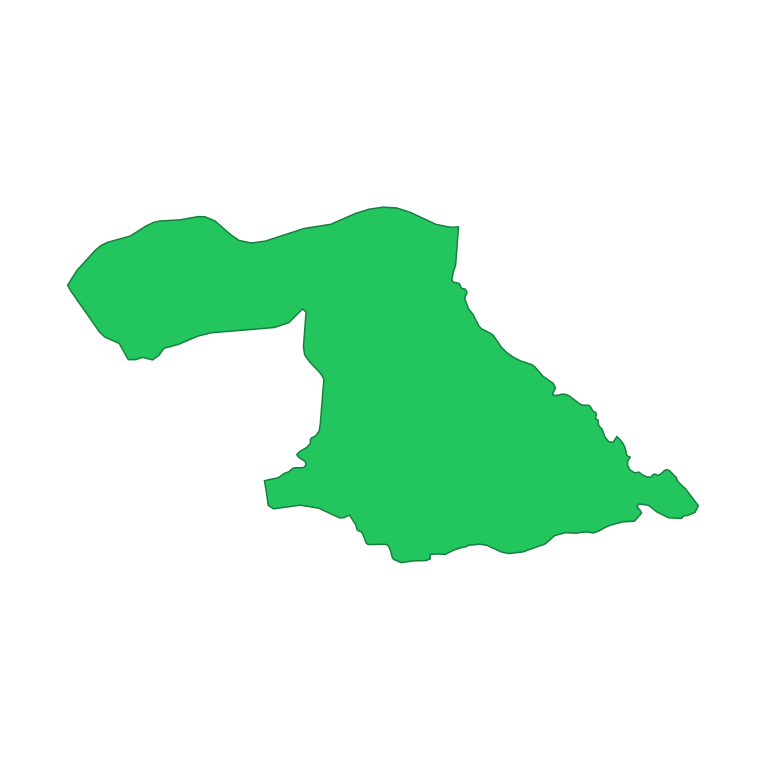 the Region of Kigoma, rotated 95°
{"feature_id": "TZA-3363", "entity_name": "Kigoma", "entity_type": "Region", "adm_level": 1, "iso_a3": "TZA", "parent_name": "United Republic of Tanzania", "parent_adm1": "", "projection": "albers", "projection_center": [30.566, -4.821], "detail": "fine", "context": "isolated", "style": "filled", "palette": "green", "viewbox_px": 768, "rotation_deg": 95, "n_neighbors": 0, "source": "natural_earth", "source_scale": "10m", "svg_char_len": 3142}
<svg xmlns="http://www.w3.org/2000/svg" viewBox="0 0 768 768"><g transform="rotate(95 384 384)"><path d="M211.0,413.4L207.9,400.4L207.5,386.7L210.7,372.8L220.5,345.9L222.0,332.1L221.4,325.6L220.9,323.5L259.0,323.0L267.0,324.8L273.6,325.4L274.4,325.6L276.3,324.2L276.8,322.3L276.8,320.2L277.4,317.9L278.5,317.0L281.2,315.7L282.1,314.3L282.4,311.6L282.7,311.0L285.4,309.4L287.1,309.6L288.9,310.5L291.6,311.0L293.0,310.5L301.7,306.4L307.5,300.9L313.1,297.7L314.7,296.4L318.3,294.3L320.4,291.7L324.5,281.8L326.2,279.3L337.3,270.1L342.2,264.1L346.0,257.5L346.5,256.4L349.0,250.3L351.8,238.5L353.8,235.2L362.3,226.4L368.6,215.6L372.7,212.9L380.0,215.3L380.5,212.4L380.0,209.9L379.1,207.4L378.4,204.6L378.6,201.6L379.7,198.5L386.4,187.9L387.7,184.9L387.7,181.9L387.3,178.6L388.2,176.7L392.8,173.4L393.2,172.8L393.8,170.8L394.2,170.3L396.9,169.9L397.2,170.0L397.3,170.3L400.4,170.0L400.6,169.7L400.9,168.2L401.1,167.8L405.5,166.8L406.6,166.4L407.9,165.3L410.0,162.8L417.7,159.2L421.9,155.1L422.1,150.7L417.2,148.0L416.1,147.4L419.1,143.8L422.2,140.9L425.8,138.7L430.2,137.0L432.2,136.7L433.8,135.8L434.9,134.4L435.4,132.4L439.7,134.6L444.2,134.1L448.1,131.4L450.6,127.0L450.5,126.1L449.8,123.2L449.7,122.0L452.0,118.7L453.4,114.8L453.7,112.7L453.5,110.7L452.9,109.5L450.8,108.0L450.2,106.7L450.3,105.8L451.1,103.6L451.1,102.7L449.5,100.5L445.4,96.7L444.6,94.3L445.7,91.7L450.8,85.9L451.3,85.0L455.6,82.7L458.8,79.0L461.8,74.8L477.9,60.2L484.8,63.0L488.6,70.2L488.8,72.8L490.0,74.7L491.3,75.3L492.1,76.6L492.4,88.9L487.9,100.6L481.7,110.1L481.3,119.2L482.8,120.9L484.8,120.9L487.1,118.1L490.2,116.2L498.8,122.5L500.6,134.3L504.7,145.7L507.7,151.3L511.2,156.5L511.5,156.9L514.2,162.4L513.7,168.5L514.4,173.7L515.9,179.3L516.3,190.5L520.2,200.8L529.3,209.5L539.2,231.2L542.0,244.5L541.1,252.5L535.7,267.6L535.2,275.6L536.5,280.6L537.2,285.8L539.1,288.2L539.7,291.1L543.1,299.6L548.5,308.2L548.6,315.7L549.7,323.2L554.2,322.7L556.2,326.7L557.6,338.9L560.5,351.3L558.0,358.8L556.6,360.4L547.5,363.8L544.4,365.9L543.6,368.8L545.3,385.9L544.0,387.9L536.5,391.4L533.6,393.2L533.0,394.3L532.4,396.8L531.6,397.9L530.5,398.6L526.7,399.9L518.7,406.1L517.6,406.6L518.7,409.3L520.6,411.9L521.3,416.3L513.4,438.3L512.0,457.1L518.0,483.1L515.0,488.7L503.3,491.4L490.7,494.7L486.7,481.5L485.2,479.4L482.4,476.4L481.7,475.4L479.8,471.3L478.5,470.0L477.3,468.9L476.1,467.7L475.2,465.7L474.6,458.7L473.6,455.8L470.8,454.6L468.0,455.9L464.5,462.5L462.0,464.7L458.5,462.0L453.7,455.2L449.7,452.3L448.6,452.2L446.2,452.5L445.2,452.3L444.0,451.4L441.8,447.8L436.7,444.5L429.3,444.0L384.4,444.3L378.9,448.2L368.4,460.1L361.9,465.6L354.0,467.5L319.2,467.9L316.3,471.6L331.1,484.1L337.3,498.3L348.0,560.4L352.6,573.8L362.4,592.1L367.5,606.2L375.0,610.7L380.2,616.7L378.5,626.8L381.4,633.5L382.0,640.9L366.6,651.4L361.8,665.8L357.6,671.4L319.0,703.8L313.2,707.8L297.6,699.8L275.8,683.2L270.6,677.8L266.9,671.6L258.7,649.7L247.7,635.4L243.1,627.7L241.1,621.3L238.3,601.8L233.4,583.6L233.0,577.1L236.2,566.7L248.3,550.2L253.6,541.0L255.1,528.4L252.0,514.7L236.1,477.4L229.5,450.9L216.8,427.7L211.3,414.4L211.0,413.4Z" fill="#22c55e" stroke="#15803d" stroke-width="1.5"/></g></svg>